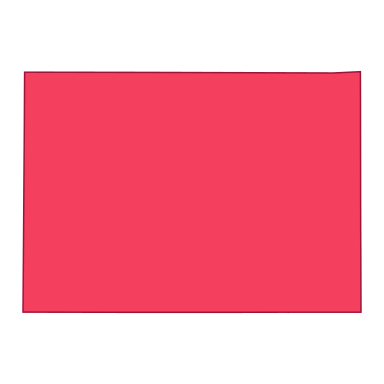 Minnehaha, South Dakota, United States of America
{"feature_id": "52423323B45663566058886", "entity_name": "Minnehaha", "entity_type": "district", "adm_level": 2, "iso_a3": "USA", "parent_name": "United States of America", "parent_adm1": "South Dakota", "projection": "orthographic", "projection_center": [-96.654, 43.675], "detail": "fine", "context": "isolated", "style": "filled", "palette": "rose", "viewbox_px": 384, "rotation_deg": 0, "n_neighbors": 0, "source": "geoboundaries", "source_scale": "gbopen_adm2", "svg_char_len": 436}
<svg xmlns="http://www.w3.org/2000/svg" viewBox="0 0 384 384"><path d="M360.4,71.7L333.2,73.0L144.1,72.4L24.6,72.2L24.3,132.0L23.0,312.1L125.3,312.3L142.7,312.3L192.3,312.3L193.6,312.3L213.7,312.3L233.8,312.3L286.9,312.2L288.2,312.3L288.2,312.2L292.0,312.2L361.0,312.2L360.8,252.5L360.8,251.7L360.7,238.4L360.7,236.7L360.6,191.9L360.6,181.8L360.5,111.7L360.5,102.2L360.4,71.7Z" fill="#f43f5e" stroke="#9f1239" stroke-width="1.5"/></svg>